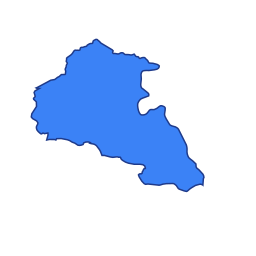 SVG path tracing the border of Bong, rotated 225°
{"feature_id": "LBR-784", "entity_name": "Bong", "entity_type": "County", "adm_level": 1, "iso_a3": "LBR", "parent_name": "Liberia", "parent_adm1": "", "projection": "mercator", "projection_center": [-9.669, 6.93], "detail": "fine", "context": "isolated", "style": "filled", "palette": "blue", "viewbox_px": 256, "rotation_deg": 225, "n_neighbors": 0, "source": "natural_earth", "source_scale": "10m", "svg_char_len": 4376}
<svg xmlns="http://www.w3.org/2000/svg" viewBox="0 0 256 256"><g transform="rotate(225 128 128)"><path d="M170.5,68.5L171.7,68.0L175.6,64.2L177.0,62.0L179.6,66.5L181.1,67.8L183.1,64.9L183.9,64.7L184.6,64.2L184.9,62.8L185.4,62.3L186.7,62.1L188.9,62.0L190.8,62.2L191.7,62.6L192.9,63.3L193.8,64.4L194.7,67.1L195.5,68.0L197.6,68.4L202.1,67.2L204.2,67.4L206.1,70.1L207.9,78.5L211.2,81.6L212.0,81.7L215.0,81.6L215.8,82.2L215.8,84.5L216.9,85.3L219.5,86.7L220.0,88.4L218.7,93.1L220.2,91.7L221.3,91.4L220.8,92.6L216.4,107.2L214.1,110.5L213.8,112.5L213.7,113.9L213.1,115.5L213.0,116.7L212.9,118.6L212.6,119.0L210.4,121.3L210.4,121.9L211.2,122.8L212.0,123.9L212.5,124.3L213.7,124.9L214.2,125.5L214.5,126.2L214.8,127.2L215.3,127.9L215.7,128.4L216.1,129.0L216.5,130.5L216.8,131.0L217.4,131.2L217.8,131.3L218.4,131.3L218.7,131.4L219.0,131.7L219.7,132.8L220.8,134.0L220.8,135.0L220.1,138.8L220.0,140.2L220.1,141.6L220.7,144.3L220.6,145.3L220.2,145.9L219.2,146.7L218.8,147.2L218.2,147.7L217.7,148.2L217.2,148.9L217.3,149.5L217.7,150.0L218.2,150.9L218.2,151.6L217.9,152.2L217.0,153.1L216.7,153.7L216.4,154.3L216.1,155.0L215.2,156.3L215.2,157.0L215.4,157.8L214.9,159.8L214.6,160.6L214.2,161.3L213.1,162.5L213.1,163.2L214.1,164.8L214.1,165.7L213.4,167.9L212.8,168.5L212.2,168.8L210.9,168.8L209.4,169.0L207.2,168.9L194.5,172.1L193.0,172.0L192.8,171.3L192.4,170.6L191.5,170.2L190.9,170.4L190.5,170.9L189.6,171.7L187.6,173.1L187.0,173.8L186.7,174.5L186.5,175.3L186.2,176.1L185.7,176.7L184.8,177.5L183.8,177.7L182.7,177.7L182.0,177.9L179.4,180.4L177.4,181.8L176.7,182.9L175.9,184.6L175.3,184.6L174.5,184.4L173.4,184.2L172.6,184.5L171.9,184.9L171.4,185.5L170.7,185.6L170.0,185.4L169.1,185.4L168.6,185.7L168.4,186.3L168.2,186.9L167.4,188.2L166.6,189.1L166.2,189.4L165.5,189.6L164.2,189.5L163.7,189.5L162.5,189.6L161.8,189.6L160.3,189.1L159.2,188.9L158.6,189.2L156.1,191.4L152.5,193.5L150.9,194.0L149.8,194.0L149.4,193.5L149.1,193.0L148.9,192.5L148.8,192.0L148.8,191.6L148.9,191.0L149.0,190.5L149.2,189.9L150.5,187.8L153.8,183.5L155.7,181.7L157.3,179.8L157.6,179.3L157.8,178.8L157.9,178.3L157.9,177.8L157.8,177.3L157.6,176.6L157.1,175.7L156.5,174.9L153.3,172.1L149.8,167.8L149.2,167.3L148.5,166.7L147.2,166.1L146.4,166.0L145.7,166.0L145.3,166.2L138.7,166.9L137.7,166.8L137.2,166.5L136.7,166.2L136.1,165.3L138.8,159.4L139.5,157.3L139.5,156.6L139.4,155.7L139.2,154.3L138.9,153.4L138.6,152.7L138.3,152.0L137.8,151.5L136.9,150.5L135.1,149.1L132.9,147.7L131.8,147.2L130.8,146.8L129.5,146.5L128.9,146.5L128.4,146.5L127.9,146.7L127.4,147.1L126.4,148.1L125.8,149.0L125.5,149.5L125.3,150.1L125.1,150.7L125.0,151.4L125.0,152.6L125.4,155.7L125.3,156.2L125.2,156.7L124.8,157.3L122.9,159.1L122.5,159.6L122.1,160.6L121.7,161.7L121.4,162.7L121.2,164.7L120.9,166.2L120.7,166.7L120.2,167.3L119.5,167.8L117.9,168.5L117.0,168.7L116.3,168.6L115.8,168.4L115.4,168.0L114.4,166.9L112.1,163.8L111.6,163.3L110.7,162.7L110.2,162.4L107.2,161.4L101.5,160.0L100.3,159.9L99.8,160.0L98.3,160.6L95.3,162.3L93.5,162.8L92.4,162.9L91.4,162.8L74.9,157.3L73.8,156.7L72.6,155.9L71.5,155.0L69.3,152.7L68.6,152.2L67.7,151.5L65.9,150.6L64.8,150.2L64.0,150.0L61.9,150.1L59.0,150.5L54.6,150.6L52.4,148.7L51.1,148.3L50.4,148.3L49.3,148.5L48.1,148.6L42.3,148.3L40.7,147.7L39.3,146.7L38.9,145.5L34.7,140.6L34.8,140.6L36.7,139.8L37.6,138.8L39.7,135.1L40.8,130.8L41.2,128.5L41.4,125.6L41.5,125.1L41.7,124.6L42.6,124.0L43.9,123.2L48.3,121.1L49.3,120.8L49.8,120.8L53.2,121.5L54.2,121.4L55.2,121.3L56.3,121.0L57.3,120.2L61.5,115.8L63.6,113.0L64.9,110.5L65.5,109.6L74.3,102.5L75.4,101.1L75.8,100.6L77.2,100.1L80.7,100.2L85.4,101.3L87.2,102.1L87.5,102.3L87.5,102.7L87.5,103.1L87.3,103.8L87.0,104.2L86.4,104.8L86.1,105.3L86.0,105.8L86.2,106.2L86.6,106.6L86.9,107.2L87.2,108.6L87.5,109.0L87.8,110.4L87.9,110.7L87.7,111.0L87.4,111.3L87.2,111.6L87.3,111.9L87.6,112.1L88.0,112.3L89.4,113.0L91.5,112.6L93.8,110.9L97.9,106.8L102.9,103.4L105.7,102.1L108.9,101.3L109.6,101.2L110.5,101.2L111.3,101.3L112.0,101.7L112.7,101.9L113.4,101.3L114.0,100.6L114.8,100.3L115.5,99.7L118.0,96.5L120.2,94.9L125.2,92.0L127.0,90.2L131.0,92.0L132.9,92.5L137.7,93.2L138.6,93.1L139.9,92.8L141.0,92.3L143.3,90.7L144.4,90.2L144.4,91.0L146.3,90.0L148.0,88.1L148.8,86.1L148.1,84.6L148.9,82.9L149.9,81.5L151.3,80.4L154.9,79.7L157.5,78.5L160.5,77.8L162.6,76.8L167.8,73.3L171.0,69.9L170.8,69.4L170.7,69.0L170.5,68.5L170.5,68.5Z" fill="#3b82f6" stroke="#1e3a8a" stroke-width="1.5"/></g></svg>